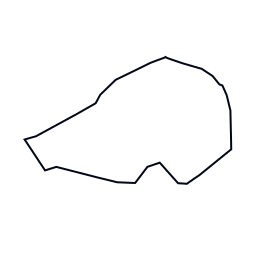 outline of Al Hissn, Sana'a, Yemen, rotated 171°
{"feature_id": "15242507B2313194184175", "entity_name": "Al Hissn", "entity_type": "district", "adm_level": 2, "iso_a3": "YEM", "parent_name": "Yemen", "parent_adm1": "Sana'a", "projection": "mercator", "projection_center": [44.477, 15.021], "detail": "fine", "context": "isolated", "style": "outline", "palette": "ink", "viewbox_px": 256, "rotation_deg": 171, "n_neighbors": 0, "source": "geoboundaries", "source_scale": "gbopen_adm2", "svg_char_len": 1052}
<svg xmlns="http://www.w3.org/2000/svg" viewBox="0 0 256 256"><g transform="rotate(171 128 128)"><path d="M75.0,65.5L74.0,65.9L71.3,67.3L64.8,70.3L29.4,90.8L28.3,98.4L24.1,129.4L24.4,132.6L25.0,140.5L25.4,145.0L27.0,151.1L27.4,152.5L28.1,155.2L30.9,156.8L31.7,158.2L32.2,159.0L36.3,166.1L41.2,170.6L43.2,172.4L46.0,175.0L47.4,175.6L53.6,178.5L64.2,183.5L73.5,188.4L78.0,190.8L78.3,191.0L79.6,192.0L80.0,192.3L80.4,191.9L83.4,191.3L88.1,190.4L89.5,190.1L95.8,188.8L98.0,188.1L105.8,185.7L111.9,183.8L131.4,177.9L132.8,177.4L150.2,165.2L151.4,163.6L153.7,160.6L156.1,157.5L178.6,149.0L182.4,147.7L182.9,147.5L213.0,136.8L220.2,134.2L223.1,133.9L228.0,133.3L231.9,132.8L229.1,126.7L225.5,118.8L224.3,116.1L222.2,111.5L220.6,107.9L218.9,104.3L216.6,99.1L204.9,100.8L169.5,85.5L166.5,84.2L155.5,79.6L147.2,76.1L135.8,73.8L132.8,73.2L129.5,72.6L114.9,86.6L112.6,87.0L102.1,88.8L101.7,88.2L98.5,83.3L96.7,80.4L87.4,66.0L87.1,65.6L81.1,64.3L80.4,64.1L78.6,63.7L77.2,64.4L76.6,64.7L75.2,65.4L75.0,65.5Z" fill="none" stroke="#020617" stroke-width="2"/></g></svg>